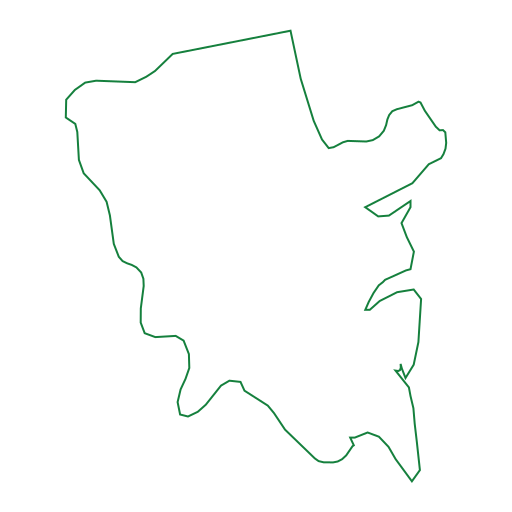 Thái Bình, Equal Earth projection
{"feature_id": "VNM-471", "entity_name": "Thái Bình", "entity_type": "Province", "adm_level": 1, "iso_a3": "VNM", "parent_name": "Vietnam", "parent_adm1": "", "projection": "equal_earth", "projection_center": [106.435, 20.492], "detail": "fine", "context": "isolated", "style": "outline", "palette": "green", "viewbox_px": 512, "rotation_deg": 0, "n_neighbors": 0, "source": "natural_earth", "source_scale": "10m", "svg_char_len": 1679}
<svg xmlns="http://www.w3.org/2000/svg" viewBox="0 0 512 512"><path d="M420.5,102.5L424.8,110.7L435.8,126.7L439.6,130.3L443.0,130.1L445.3,132.3L446.2,142.9L445.5,148.7L443.5,154.1L441.0,158.2L428.8,164.2L412.4,183.2L365.2,207.2L378.2,216.4L388.9,215.6L410.5,201.0L410.5,207.2L401.5,223.1L406.8,237.1L413.9,251.6L410.5,269.2L406.0,270.4L385.1,279.8L382.9,282.1L378.8,285.3L373.6,292.9L368.7,302.0L365.3,309.8L369.8,309.8L379.7,301.0L397.1,292.2L413.7,289.5L421.1,299.0L418.4,342.1L413.7,364.7L405.5,378.0L401.8,368.4L400.6,363.9L400.8,367.6L400.0,370.1L398.3,371.0L395.5,370.6L408.9,387.4L410.5,396.0L413.4,408.2L414.7,423.7L416.9,442.5L419.9,470.1L411.9,481.3L395.6,459.1L388.5,446.8L378.9,436.7L367.6,432.5L354.8,437.6L350.2,437.6L353.8,445.3L352.5,446.2L346.2,455.4L342.1,459.2L337.7,461.5L333.1,462.4L323.6,462.3L318.6,461.1L314.8,458.4L285.0,429.6L274.0,413.1L267.8,405.6L244.5,390.7L240.5,381.9L229.4,380.7L221.0,385.6L205.8,404.7L197.8,411.8L188.0,416.5L180.1,414.5L177.6,402.1L180.6,389.4L185.5,378.9L189.3,368.0L188.9,354.1L183.6,340.6L175.7,335.9L155.3,337.1L144.7,333.2L140.7,322.6L140.8,308.4L143.7,286.0L143.4,278.8L141.2,272.5L136.4,267.4L131.7,264.9L127.1,263.3L122.6,261.1L118.8,256.8L113.8,243.9L109.9,215.4L106.6,201.8L99.7,190.3L83.7,173.3L78.9,159.9L77.3,132.0L75.3,123.9L65.8,117.5L66.2,99.7L74.9,89.9L85.2,82.6L96.1,80.7L135.2,82.2L146.2,76.8L155.0,71.0L172.7,53.9L290.5,30.7L300.7,78.7L313.7,120.8L322.0,139.5L328.7,148.1L333.6,147.2L342.9,142.3L347.7,140.9L366.3,141.5L372.8,140.1L379.1,136.4L383.8,130.8L386.1,125.1L387.4,119.4L389.2,115.0L392.3,111.2L396.9,109.2L412.2,105.2L418.5,101.7L420.5,102.5Z" fill="none" stroke="#15803d" stroke-width="2"/></svg>